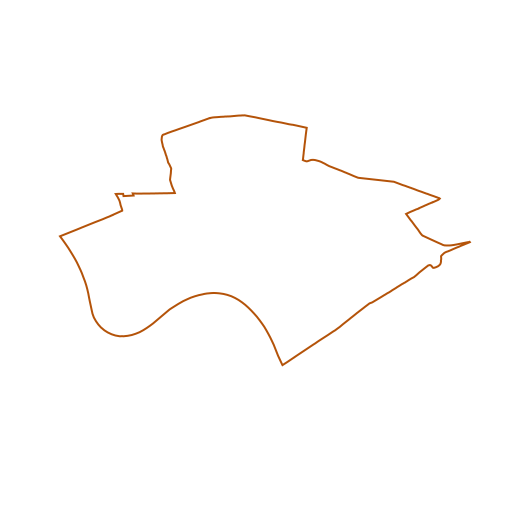 the district of Culemborg, Gelderland, Netherlands, rotated 208°
{"feature_id": "6326949B1305766701073", "entity_name": "Culemborg", "entity_type": "district", "adm_level": 2, "iso_a3": "NLD", "parent_name": "Netherlands", "parent_adm1": "Gelderland", "projection": "mercator", "projection_center": [5.204, 51.949], "detail": "fine", "context": "isolated", "style": "outline", "palette": "amber", "viewbox_px": 512, "rotation_deg": 208, "n_neighbors": 0, "source": "geoboundaries", "source_scale": "gbopen_adm2", "svg_char_len": 5992}
<svg xmlns="http://www.w3.org/2000/svg" viewBox="0 0 512 512"><g transform="rotate(208 256 256)"><path d="M438.3,181.4L434.1,179.4L430.3,177.5L425.5,175.0L421.7,172.8L418.3,170.8L414.7,168.6L411.2,166.3L407.8,163.8L404.6,161.4L401.7,159.1L398.1,155.9L395.1,153.3L392.1,150.4L389.3,147.4L386.6,144.3L383.8,140.8L381.5,138.0L376.2,131.7L373.3,128.3L370.3,125.6L366.7,123.3L363.1,121.5L359.3,120.1L358.2,119.9L355.0,119.2L351.1,118.9L346.8,119.1L342.8,119.8L338.8,121.1L336.0,122.6L335.2,123.0L331.8,125.3L328.6,127.9L325.7,130.9L323.0,134.1L320.7,137.6L318.7,141.1L316.8,144.8L315.2,148.2L315.0,148.7L310.7,159.5L307.2,168.2L306.0,170.4L302.1,177.2L299.0,182.1L296.5,185.4L294.0,188.6L291.1,191.7L288.1,194.6L285.0,197.2L283.9,198.2L281.8,199.8L278.3,202.1L276.0,203.5L273.7,204.6L270.9,205.8L267.0,207.2L263.1,208.2L258.9,208.9L254.8,209.1L250.7,209.0L246.5,208.5L242.5,207.8L238.5,206.8L234.5,205.6L232.2,204.8L231.0,204.4L226.7,202.8L222.5,200.9L218.8,199.1L215.5,197.4L211.9,195.2L208.5,193.0L205.1,190.7L201.7,188.2L198.5,185.8L197.1,184.6L192.4,180.6L189.7,178.3L182.0,172.5L181.4,172.1L178.8,176.7L178.1,178.0L177.2,179.7L173.5,186.7L163.7,204.9L162.7,206.6L161.4,209.2L160.6,210.7L159.1,213.4L155.4,220.0L152.3,225.8L151.3,227.4L149.8,230.6L148.8,232.6L147.2,236.6L143.9,244.1L143.3,245.6L142.4,247.6L140.8,251.3L140.1,253.0L139.4,254.5L139.1,255.2L136.6,260.7L135.9,262.3L134.0,266.4L133.6,267.3L133.0,268.1L132.7,268.3L132.4,268.7L131.6,269.6L131.0,270.6L126.3,278.4L124.2,282.0L123.9,282.4L123.6,282.9L123.4,283.3L122.6,284.7L121.3,286.6L121.1,287.0L120.3,288.4L119.6,289.8L118.4,291.8L117.4,293.5L116.8,294.7L115.9,296.2L114.9,297.9L114.2,299.2L113.5,300.3L113.0,301.0L112.9,301.2L112.5,301.9L112.0,302.5L111.5,303.5L110.6,305.0L110.1,306.0L108.6,308.5L108.4,308.9L106.6,311.5L105.4,314.4L104.0,318.3L103.6,319.2L101.2,324.7L99.5,328.5L98.4,329.5L98.0,329.7L97.3,329.8L96.4,329.6L94.3,328.7L93.6,328.9L93.1,329.3L92.0,330.4L91.5,331.0L90.4,332.5L89.7,334.2L89.5,335.2L89.5,335.8L89.7,336.9L90.2,338.3L90.6,338.8L90.8,339.6L91.1,340.4L92.5,342.7L92.4,343.5L91.3,346.8L90.9,347.5L90.5,348.2L89.5,349.4L88.8,350.1L86.8,352.5L85.2,354.6L84.0,356.1L82.3,358.2L82.2,358.3L81.3,359.3L79.7,361.4L77.4,364.1L76.7,365.0L75.4,366.5L74.6,367.5L74.1,368.1L73.7,368.6L74.1,368.8L74.2,368.7L74.7,368.0L75.1,367.9L77.0,366.4L83.5,361.0L86.4,358.7L88.6,357.1L90.2,356.1L92.6,354.8L94.5,353.9L95.0,353.8L95.3,353.7L96.3,353.5L97.6,353.5L101.5,353.2L109.7,352.7L117.2,352.3L117.9,352.3L118.1,352.2L119.0,352.3L119.3,352.4L119.6,352.5L120.0,352.7L121.1,353.1L122.7,353.9L125.1,355.2L126.6,355.9L127.8,356.4L130.4,357.6L131.0,357.9L135.4,360.0L135.7,360.0L139.2,361.7L143.2,363.6L142.9,364.0L142.7,364.3L140.5,367.3L138.2,370.1L137.0,371.6L136.4,372.4L135.9,372.9L135.2,373.6L134.6,374.3L134.7,374.5L131.3,378.8L131.1,379.1L130.5,379.9L129.5,381.1L127.9,383.2L127.3,383.9L126.7,384.6L125.4,386.3L125.3,386.2L123.5,388.5L121.5,391.1L120.9,392.2L120.7,393.0L121.5,393.1L122.3,392.9L124.3,392.7L124.5,392.6L125.4,392.5L127.0,392.3L129.4,391.9L132.2,391.5L133.3,391.4L134.0,391.3L134.7,391.1L136.3,390.9L137.7,390.7L138.4,390.6L140.0,390.4L140.6,390.3L142.3,390.0L145.2,389.6L146.4,389.5L147.0,389.4L148.7,389.2L149.3,389.1L150.7,388.9L150.9,388.9L151.6,388.8L152.5,388.6L153.6,388.5L155.3,388.2L155.6,388.2L157.7,387.9L159.7,387.5L162.9,387.1L168.3,386.4L169.1,386.3L173.6,384.5L177.9,382.8L181.2,381.5L201.8,373.3L202.7,373.0L207.1,372.5L212.2,372.1L214.0,371.9L215.4,371.8L216.3,371.7L216.9,371.6L219.6,371.4L221.5,371.2L221.9,371.1L222.7,371.0L224.7,370.8L227.8,370.4L230.5,370.1L231.3,370.0L232.9,369.8L233.7,369.7L235.8,369.7L236.6,369.7L238.9,369.8L240.3,369.7L241.8,369.7L243.4,369.6L245.3,369.3L245.7,369.2L248.7,368.5L249.0,368.4L249.5,368.2L250.3,367.9L251.4,367.3L251.9,367.0L252.4,366.7L252.7,366.4L254.8,364.1L255.1,363.8L255.8,363.3L256.1,363.2L256.7,363.1L257.1,363.0L258.6,362.8L259.7,362.7L259.9,363.4L260.7,365.4L261.5,367.4L261.8,368.2L262.1,369.0L262.6,370.1L264.2,374.3L265.3,377.0L266.3,379.7L266.7,380.7L267.8,383.5L269.1,386.8L270.6,390.8L270.9,391.7L271.4,393.0L281.8,390.1L284.2,389.4L285.0,389.2L285.9,388.8L288.8,387.8L291.0,387.2L296.3,385.7L300.2,384.4L304.4,383.1L308.3,382.0L318.6,379.0L321.5,378.2L327.1,376.4L331.7,375.0L332.2,374.8L332.5,374.6L334.5,373.5L335.0,373.1L337.3,371.8L339.0,370.7L340.5,369.7L344.6,367.0L346.0,366.2L346.6,365.9L347.5,365.3L348.8,364.6L349.4,364.2L349.8,363.9L352.5,362.3L354.8,360.8L355.1,360.6L355.6,360.3L355.9,360.1L357.4,359.2L358.0,358.8L359.1,358.1L361.5,356.2L361.4,356.1L362.1,355.5L363.2,354.3L364.4,353.0L365.0,352.3L365.9,351.3L366.5,350.7L367.0,350.1L368.2,348.8L368.3,348.7L369.1,347.7L377.0,339.1L379.3,336.6L383.4,332.2L386.3,329.0L388.5,326.7L391.3,323.6L392.0,322.8L393.9,320.5L394.3,320.1L394.7,319.8L394.8,319.6L395.0,319.3L395.1,319.2L395.2,318.8L395.2,318.5L395.2,318.1L395.2,317.7L395.1,317.3L395.0,316.9L393.9,314.2L392.3,312.2L390.7,310.4L389.7,309.1L389.4,308.8L388.4,308.0L387.0,306.7L386.0,305.9L385.4,305.3L384.7,304.7L384.3,304.2L383.8,303.8L383.1,303.0L382.3,302.4L381.1,301.2L380.7,300.7L379.8,299.9L377.9,297.8L377.6,297.4L377.0,297.0L375.7,296.3L375.3,296.0L372.1,293.6L371.9,293.3L371.7,293.0L371.6,292.7L371.5,292.3L371.2,291.6L370.1,289.2L368.4,284.7L367.8,283.2L367.6,282.8L367.2,282.4L363.4,278.6L360.9,276.5L359.8,275.7L358.9,275.0L357.7,274.0L357.4,273.7L357.2,273.5L365.3,268.9L367.2,267.9L373.9,264.2L375.3,263.4L379.7,261.0L381.0,260.3L390.2,255.3L393.1,253.9L394.2,253.4L392.8,252.2L392.5,251.9L401.1,246.7L402.5,248.5L404.0,247.7L406.3,246.5L407.8,245.6L408.9,244.9L406.6,243.5L405.7,243.0L405.0,242.5L404.4,242.1L403.0,241.1L402.4,240.6L401.6,239.8L401.1,239.3L399.4,237.3L397.8,235.8L396.1,234.2L395.7,233.7L395.4,233.2L395.5,233.0L395.9,232.6L402.5,224.1L402.4,224.1L403.2,223.1L403.3,222.9L404.5,221.5L405.8,220.0L408.7,216.4L413.9,210.4L417.7,205.9L422.9,199.7L423.2,199.4L423.8,198.6L425.3,196.8L425.9,196.1L426.2,195.7L438.3,181.4Z" fill="none" stroke="#b45309" stroke-width="2"/></g></svg>